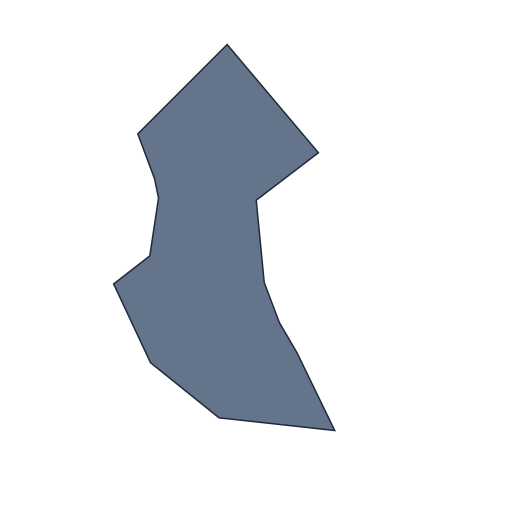 the Municipality of Dornava, rotated 127°
{"feature_id": "SVN-1040", "entity_name": "Dornava", "entity_type": "Municipality", "adm_level": 1, "iso_a3": "SVN", "parent_name": "Slovenia", "parent_adm1": "", "projection": "orthographic", "projection_center": [16.001, 46.454], "detail": "fine", "context": "isolated", "style": "filled", "palette": "slate", "viewbox_px": 512, "rotation_deg": 127, "n_neighbors": 0, "source": "natural_earth", "source_scale": "10m", "svg_char_len": 350}
<svg xmlns="http://www.w3.org/2000/svg" viewBox="0 0 512 512"><g transform="rotate(127 256 256)"><path d="M364.0,352.9L319.8,340.9L268.4,368.7L255.3,383.6L229.6,423.9L104.5,406.3L136.0,268.3L211.3,289.4L272.3,233.4L295.1,197.3L308.6,165.0L348.0,88.1L407.5,188.1L404.7,276.0L364.0,352.9Z" fill="#64748b" stroke="#1e293b" stroke-width="1.5"/></g></svg>